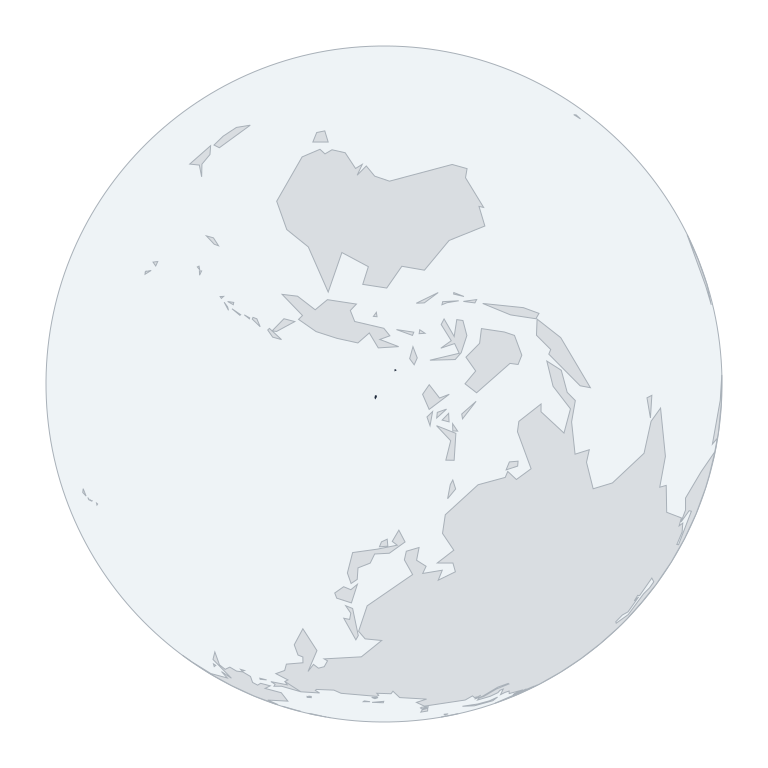 globe centered on Palau, rotated 179°
{"feature_id": "PLW", "entity_name": "Palau", "entity_type": "country or territory", "adm_level": 0, "iso_a3": "PLW", "parent_name": "Oceania", "parent_adm1": "", "projection": "orthographic", "projection_center": [133.12, 5.367], "detail": "fine", "context": "on_globe", "style": "filled", "palette": "slate", "viewbox_px": 768, "rotation_deg": 179, "n_neighbors": 0, "source": "natural_earth", "source_scale": "50m", "svg_char_len": 7743}
<svg xmlns="http://www.w3.org/2000/svg" viewBox="0 0 768 768"><g transform="rotate(179 384 384)"><circle cx="384" cy="384" r="338" fill="#eef3f6" stroke="#a8b0b8"/><path d="M621.0,497.9L620.8,500.2L620.4,500.6L621.0,497.9ZM583.3,111.1L562.2,97.5L545.8,92.8L551.5,99.3L541.7,92.5L559.8,111.6L557.8,119.0L553.4,106.1L547.8,101.5L543.1,103.6L536.4,99.5L530.2,98.6L522.6,93.9L520.6,87.9L515.6,85.1L512.6,86.9L503.0,84.2L508.2,81.7L492.1,77.1L485.7,68.6L505.7,70.0L495.6,65.3L496.7,65.4L519.5,74.4L541.6,85.1L562.9,97.3L583.3,111.1ZM686.6,284.6L683.8,277.1L687.1,280.8L686.6,284.6ZM680.9,273.3L682.2,275.7L680.9,273.8L680.9,273.3ZM679.3,272.5L680.5,273.1L679.4,273.2L679.3,272.5ZM677.4,272.4L678.3,272.1L678.3,272.5L677.4,272.4ZM673.5,269.9L672.4,269.0L673.1,268.0L673.5,269.9ZM582.9,111.1L581.3,109.7L590.2,116.3L588.4,115.0L582.9,111.1ZM557.1,105.6L558.7,104.4L559.4,107.1L557.1,105.6ZM530.8,99.3L532.4,101.2L528.5,100.0L530.8,99.3ZM513.3,92.0L506.5,90.2L513.0,90.9L513.3,92.0ZM502.3,88.4L486.0,84.9L488.3,88.3L472.5,77.7L491.7,83.6L499.3,83.7L498.1,85.7L502.3,88.4ZM466.4,73.0L462.2,71.7L466.3,72.0L466.4,73.0ZM483.5,61.1L491.4,63.6L487.2,62.4L476.5,59.1L473.5,58.4L473.5,58.2L483.5,61.1ZM464.6,55.8L465.4,56.0L457.5,54.2L457.8,54.2L464.6,55.8ZM451.6,53.0L463.4,55.7L462.7,55.6L451.6,53.0ZM450.6,52.7L450.9,52.8L449.9,52.6L447.5,52.1L450.6,52.7ZM445.0,51.6L445.9,51.8L443.4,51.3L445.0,51.6ZM133.0,157.8L131.1,160.3L135.5,155.4L144.7,145.4L150.3,139.9L155.2,135.4L154.1,136.3L172.5,120.5L191.9,106.0L212.4,92.9L233.7,81.3L255.8,71.3L278.6,62.9L254.5,72.8L247.0,75.6L252.0,73.0L235.9,80.5L242.7,77.4L238.9,79.4L249.1,75.3L246.9,76.7L260.5,70.9L259.0,72.2L250.4,75.8L264.2,72.3L264.3,74.8L268.5,73.5L272.9,71.4L270.1,76.9L273.3,75.8L275.5,73.4L283.3,69.9L296.0,66.4L294.3,68.4L289.5,70.0L276.9,77.1L264.3,81.9L265.0,82.5L275.5,78.9L290.9,70.1L299.0,67.4L292.7,71.2L295.6,69.6L299.1,69.0L301.0,70.6L308.4,66.6L349.3,61.2L357.1,65.1L346.9,68.2L373.8,70.2L380.4,76.7L382.4,74.2L396.6,74.9L394.7,72.8L396.7,71.8L432.3,75.5L439.4,78.8L457.0,79.8L458.0,78.8L453.8,76.2L472.5,77.7L488.3,88.3L485.2,89.8L497.2,96.3L488.3,99.3L486.5,105.6L469.9,106.7L469.9,112.5L474.7,114.5L478.3,124.8L469.4,140.7L455.7,118.6L465.0,97.9L459.4,104.9L454.5,101.0L448.7,102.4L445.3,108.2L448.7,110.2L411.4,111.6L390.8,127.6L407.3,129.5L413.7,137.2L404.7,162.5L358.7,193.0L366.7,207.8L364.6,216.4L351.8,219.9L354.5,207.2L345.1,201.0L348.6,193.9L329.0,196.8L333.2,186.9L315.9,195.0L318.2,203.8L333.9,204.1L317.1,216.6L328.1,233.6L325.0,252.2L291.7,281.6L264.4,288.5L261.8,294.4L253.3,286.2L238.4,296.7L251.4,334.0L249.8,344.3L227.3,361.3L227.5,353.5L204.9,331.8L198.0,355.9L215.0,378.8L220.8,404.1L206.5,394.6L201.0,372.5L193.0,364.1L197.1,342.8L194.2,310.5L179.9,314.7L182.9,302.2L176.7,275.6L157.3,281.1L125.2,310.2L117.6,342.1L107.9,355.1L103.9,306.7L110.1,276.0L103.6,277.7L103.6,250.8L89.0,244.9L91.4,237.0L87.7,239.7L88.5,230.8L94.0,218.4L92.3,218.2L78.9,251.4L81.1,252.0L89.4,240.9L84.7,252.7L84.5,264.7L68.5,290.7L54.3,310.6L60.5,286.7L64.4,274.3L74.2,248.9L86.1,224.4L99.9,201.0L115.6,178.7L133.0,157.8ZM56.3,301.4L54.0,311.9L53.2,315.4L51.8,323.8L56.7,318.2L55.1,326.2L48.1,361.8L46.1,387.2L47.1,358.3L50.5,329.7L56.3,301.4ZM117.7,181.5L119.6,185.3L132.2,167.9L134.0,168.3L137.6,162.7L133.1,166.7L144.0,151.9L149.7,148.9L156.4,142.3L156.0,140.8L143.9,149.1L128.2,169.6L122.0,175.6L117.7,181.5ZM332.6,50.0L331.6,50.2L323.8,51.6L317.3,52.7L332.6,50.0ZM315.3,53.2L320.4,52.2L316.5,53.0L315.3,53.2ZM331.2,50.4L327.8,51.1L332.8,50.0L331.2,50.4ZM182.9,645.6L189.6,650.0L187.2,649.7L182.9,645.6ZM59.5,478.2L58.0,471.2L55.4,457.5L60.6,476.3L78.3,527.9L78.0,527.3L67.8,503.1L59.5,478.2ZM302.5,470.1L312.8,472.7L312.6,474.2L302.5,470.1ZM291.7,463.5L303.2,465.2L289.9,466.8L291.7,463.5ZM307.8,465.9L319.6,464.2L324.7,462.2L323.9,465.3L307.8,465.9ZM283.9,462.8L243.3,457.9L227.8,451.9L231.0,446.6L256.3,450.9L283.9,462.8ZM229.8,446.2L206.5,427.3L177.7,376.7L187.9,378.8L218.7,411.0L216.7,415.6L230.7,430.1L229.8,446.2ZM287.7,423.0L285.6,437.7L262.8,433.9L252.7,430.3L245.7,410.4L249.6,401.2L257.7,402.4L291.6,373.6L303.0,382.8L292.1,395.4L301.6,409.4L287.7,423.0ZM118.2,345.4L121.3,365.6L116.4,368.0L118.2,345.4ZM306.8,352.6L292.2,365.1L306.1,347.8L306.8,352.6ZM316.0,335.9L316.1,343.1L311.2,335.6L316.0,335.9ZM260.0,303.9L251.3,304.5L251.8,299.6L263.4,296.0L260.0,303.9ZM322.4,268.2L319.5,282.2L316.9,286.8L314.2,277.8L322.4,268.2ZM311.2,60.4L295.9,62.4L284.0,65.4L275.9,69.0L280.8,65.4L299.1,60.7L311.2,60.4ZM344.8,60.5L351.8,58.4L353.2,59.5L351.8,60.2L344.8,60.5ZM345.9,59.0L346.1,56.3L352.9,55.3L351.4,57.6L345.9,59.0ZM330.0,52.7L325.6,53.1L328.8,52.2L330.0,52.7ZM544.5,623.1L549.8,625.9L540.5,634.6L527.1,643.1L513.2,645.1L544.5,623.1ZM438.8,638.1L435.6,626.9L450.9,627.2L446.9,636.6L438.8,638.1ZM554.0,616.5L562.2,607.0L562.7,594.3L564.8,606.1L574.4,607.3L553.2,625.3L554.0,616.5ZM375.0,586.7L312.0,602.3L297.2,597.9L298.9,588.8L281.3,558.8L285.9,559.9L280.4,540.2L316.4,526.4L341.6,497.1L364.1,501.4L379.6,479.9L403.5,484.0L397.6,501.6L423.8,516.2L438.2,476.9L457.3,522.4L478.5,540.1L488.1,568.6L461.9,612.5L443.9,619.8L439.0,615.1L431.9,619.1L418.8,615.9L408.7,600.0L401.9,604.0L407.2,593.2L397.9,602.3L389.7,592.0L375.0,586.7ZM547.0,525.1L551.3,526.7L559.0,535.2L552.0,533.1L547.0,525.1ZM610.2,506.0L612.8,509.9L608.1,510.4L610.2,506.0ZM620.4,500.6L614.8,501.6L621.0,497.9L620.4,500.6ZM566.2,501.3L568.6,504.3L566.9,505.1L566.2,501.3ZM564.4,500.2L566.5,496.0L566.6,500.4L564.4,500.2ZM542.8,474.4L545.1,472.4L546.3,474.3L542.8,474.4ZM328.2,474.5L342.3,464.4L350.3,464.2L328.2,474.5ZM538.9,469.2L532.8,468.2L533.3,465.9L538.9,469.2ZM539.0,463.8L538.2,460.4L542.4,468.6L539.0,463.8ZM526.9,455.2L534.7,461.9L526.1,455.8L526.9,455.2ZM522.5,455.6L517.1,452.4L517.4,451.5L522.5,455.6ZM464.3,453.9L484.3,475.4L468.9,473.3L451.5,459.4L439.1,469.3L410.2,464.4L416.4,458.1L412.2,447.0L383.2,439.7L377.3,432.1L387.4,428.6L368.7,421.1L389.1,420.2L397.8,435.3L409.4,425.5L430.3,430.5L451.0,437.6L468.3,450.1L464.3,453.9ZM389.8,451.4L393.4,451.8L390.4,455.8L389.8,451.4ZM506.8,443.4L514.6,451.2L513.8,452.9L510.0,451.4L506.8,443.4ZM472.1,448.0L490.5,438.4L494.9,439.1L482.9,451.0L472.1,448.0ZM485.7,430.2L494.5,432.8L499.3,440.0L497.6,441.6L485.7,430.2ZM348.0,433.7L347.3,437.6L342.1,434.0L348.0,433.7ZM354.7,432.1L370.6,438.2L353.3,435.3L354.7,432.1ZM308.3,413.4L312.7,423.2L326.6,418.8L316.0,426.1L325.8,442.5L322.8,448.0L313.0,430.3L310.1,447.1L304.0,446.1L300.3,431.0L306.3,413.9L312.4,407.2L337.7,407.0L308.3,413.4ZM354.4,420.8L350.3,409.5L353.5,402.7L357.9,408.9L354.4,420.8ZM338.8,382.5L328.7,369.0L318.9,372.6L339.3,357.8L345.6,373.0L338.8,382.5ZM331.2,354.7L321.9,357.8L331.9,349.1L331.2,354.7ZM319.9,353.5L319.6,345.0L326.5,346.9L319.9,353.5ZM335.9,355.6L338.7,341.5L341.6,350.3L335.9,355.6ZM318.3,326.1L332.2,341.4L313.0,333.4L315.2,306.5L323.5,306.8L318.3,326.1ZM383.5,228.8L383.0,221.8L391.4,221.3L389.3,226.2L383.5,228.8ZM418.3,216.0L393.5,219.0L373.6,222.6L378.5,226.5L371.7,237.6L365.7,225.7L381.6,214.7L396.3,214.2L400.9,205.2L413.2,200.6L414.2,189.1L420.4,185.1L423.9,195.7L418.3,216.0ZM414.1,184.2L420.4,165.7L435.0,170.7L436.9,175.9L427.9,182.0L420.7,178.9L414.1,184.2ZM426.2,163.0L419.3,160.1L414.1,132.9L416.6,128.7L428.3,150.5L422.5,149.2L421.2,155.4L426.2,163.0ZM462.2,72.9L462.2,71.8L465.0,73.3L462.2,72.9ZM395.4,70.6L398.6,69.5L401.8,70.9L395.4,70.6ZM409.3,67.5L403.5,66.6L410.3,66.7L409.3,67.5ZM390.3,65.3L401.5,65.9L389.8,66.7L390.3,65.3Z" fill="#d9dde1" stroke="#a8b0b8" stroke-width="1"/><path d="M392.6,372.1L392.3,372.2L392.1,371.8L392.2,371.3L392.4,370.9L392.6,370.7L392.9,370.2L393.0,370.4L392.8,371.4L392.6,371.8L392.6,372.1ZM372.5,397.8L372.4,397.8L372.3,397.7L372.5,397.6L372.5,397.8Z" fill="#64748b" stroke="#1e293b" stroke-width="1.5"/></g></svg>